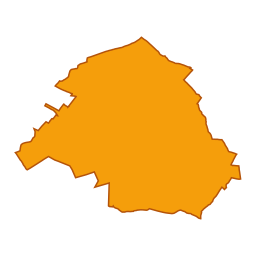 Varsolt, Salaj, Romania (Robinson projection)
{"feature_id": "2599482B93915218658346", "entity_name": "Varsolt", "entity_type": "district", "adm_level": 2, "iso_a3": "ROU", "parent_name": "Romania", "parent_adm1": "Salaj", "projection": "robinson", "projection_center": [22.94, 47.205], "detail": "fine", "context": "isolated", "style": "filled", "palette": "amber", "viewbox_px": 256, "rotation_deg": 0, "n_neighbors": 0, "source": "geoboundaries", "source_scale": "gbopen_adm2", "svg_char_len": 5753}
<svg xmlns="http://www.w3.org/2000/svg" viewBox="0 0 256 256"><path d="M240.6,179.0L239.5,171.3L239.2,169.8L239.2,169.0L239.1,168.4L239.1,167.9L239.0,167.2L238.9,166.6L238.8,165.9L237.0,165.8L233.2,165.4L232.9,165.6L231.0,164.8L231.4,164.1L231.7,163.1L232.2,162.5L232.6,161.6L232.9,161.2L233.1,160.6L233.5,159.7L235.7,155.6L236.1,154.9L236.4,154.6L236.7,154.2L234.9,153.4L233.3,152.9L231.6,152.3L229.0,151.7L228.6,151.3L227.9,150.1L227.5,148.7L225.2,145.1L224.8,144.2L224.6,143.6L224.3,143.1L221.9,139.7L220.7,139.7L219.3,139.6L218.6,139.5L217.5,139.3L217.0,139.3L215.6,139.3L213.8,139.2L212.2,139.2L211.7,137.5L211.3,136.1L211.1,135.3L210.5,134.2L210.1,133.5L209.6,133.0L208.3,131.8L208.0,130.6L207.9,129.9L207.7,129.1L207.4,128.2L207.0,126.7L206.9,126.3L206.3,124.8L206.1,124.1L206.0,123.7L206.0,122.6L206.2,121.9L205.9,121.0L205.8,120.3L205.9,119.8L205.7,118.3L205.5,117.7L205.2,117.1L204.0,116.0L203.3,115.5L203.1,115.1L202.0,114.1L201.7,113.5L201.7,112.5L201.3,111.9L199.7,110.3L199.4,109.6L199.3,108.9L198.9,107.8L198.6,106.9L198.5,105.6L198.2,104.6L197.8,104.1L197.1,103.8L201.3,97.8L199.6,96.0L199.2,95.1L198.8,94.7L197.6,94.3L196.6,94.2L196.2,93.9L195.5,92.8L194.9,91.7L192.9,89.4L191.7,87.9L189.5,85.7L188.0,84.2L187.0,83.1L185.5,81.8L183.7,79.8L184.6,79.0L185.5,77.9L186.9,76.3L189.4,73.6L190.6,72.2L192.2,70.6L192.6,70.0L189.9,68.4L190.9,67.8L190.7,67.6L190.3,67.3L189.1,67.0L188.0,66.9L183.7,65.1L181.7,64.5L180.4,64.0L179.3,63.7L178.2,63.5L175.6,63.4L175.2,63.3L174.0,62.6L172.9,62.2L171.9,61.8L171.1,61.6L168.8,60.6L168.1,59.9L167.0,58.2L165.9,57.3L165.4,56.7L165.2,56.1L164.9,56.0L163.1,56.1L162.4,55.8L161.6,55.3L160.8,54.9L160.0,54.3L159.4,53.5L159.0,52.6L158.4,51.8L157.8,51.1L157.5,51.0L156.8,50.5L154.4,48.2L151.0,45.0L149.6,43.8L148.4,42.6L147.6,41.9L146.7,41.1L145.6,40.3L144.1,39.4L141.7,37.5L141.4,37.3L140.1,38.6L139.1,39.5L137.3,40.6L136.5,41.2L135.2,42.0L134.5,42.4L133.3,42.9L131.9,43.3L130.4,44.2L127.8,45.3L125.7,45.9L124.0,46.5L123.0,47.0L121.8,47.5L120.5,47.7L119.2,48.0L118.7,48.1L117.6,48.4L115.0,48.9L114.0,49.3L112.9,49.5L111.7,49.9L108.8,50.6L108.0,50.9L106.0,51.4L90.8,56.8L88.3,57.5L87.3,58.0L86.9,60.1L86.9,61.0L87.0,61.8L83.4,63.1L80.5,63.9L79.6,64.4L79.0,64.9L78.0,65.5L77.9,66.1L77.8,66.8L77.7,67.3L77.6,67.8L77.1,68.5L76.6,68.6L76.1,68.7L75.5,68.6L74.7,68.9L73.2,69.1L71.3,69.5L70.4,70.4L69.9,71.1L68.9,74.6L68.5,76.6L68.2,77.0L67.7,77.3L67.3,77.8L66.9,78.0L66.4,78.3L66.1,78.5L65.6,79.1L64.2,79.7L62.7,80.7L62.2,81.0L60.8,81.2L60.3,81.2L59.6,80.9L58.0,83.0L57.2,83.8L56.5,84.4L55.2,86.0L59.7,88.5L61.1,89.2L64.3,90.6L65.0,90.8L65.3,90.9L65.7,91.0L66.1,91.4L69.6,92.6L69.9,92.8L70.4,93.1L71.1,93.4L71.9,93.6L72.2,93.7L72.2,93.9L72.2,94.2L71.9,94.5L71.2,95.2L70.9,95.7L71.7,95.8L74.5,96.1L76.1,96.5L76.0,96.8L75.6,97.2L70.3,104.1L69.3,105.4L69.0,105.8L69.0,106.1L68.7,106.1L67.8,107.3L67.6,106.9L67.3,106.7L67.0,106.4L66.0,105.9L65.3,105.4L64.8,105.2L64.0,104.2L63.7,104.1L60.4,108.4L58.9,110.8L53.3,107.7L46.0,103.8L44.9,105.8L48.9,107.9L51.4,109.4L53.2,110.2L54.8,111.7L56.2,113.4L57.1,114.8L57.3,115.5L57.5,115.7L57.3,115.7L56.1,114.8L54.6,116.9L53.0,118.9L52.7,118.8L52.3,118.6L52.1,118.6L51.9,118.7L51.7,118.8L50.7,120.1L49.9,121.0L49.6,121.7L48.5,123.1L46.0,121.8L41.8,126.2L38.2,130.6L36.7,129.9L34.8,129.1L34.0,128.7L34.6,130.3L35.1,131.6L35.1,131.9L34.9,134.7L34.8,136.1L34.4,136.8L33.8,137.4L33.1,137.8L32.6,138.7L32.1,139.5L31.9,140.0L31.6,140.5L31.0,141.3L30.6,141.6L30.2,141.7L29.2,142.0L26.6,142.4L25.2,142.7L23.0,143.4L22.2,143.9L21.5,144.4L21.2,144.7L21.0,145.2L20.7,146.2L20.3,148.3L20.2,149.2L20.1,149.9L20.0,150.8L17.7,151.8L15.7,152.5L15.4,152.6L16.2,153.6L16.6,154.2L20.5,160.3L21.0,160.6L23.0,163.8L23.1,164.4L23.9,165.6L24.8,166.6L25.3,167.6L26.0,168.8L26.5,169.3L27.2,169.8L30.2,168.1L37.3,163.6L41.5,160.9L44.2,159.1L48.5,156.5L51.2,158.0L53.1,159.1L54.4,159.8L54.7,160.0L57.8,161.1L69.8,165.9L72.1,169.6L75.6,177.7L86.2,174.7L94.3,171.9L98.3,180.9L94.8,187.2L109.2,183.0L108.5,205.9L108.8,206.2L109.2,206.2L109.5,206.5L110.0,206.7L110.4,206.6L111.5,206.7L111.9,206.8L112.2,206.9L112.6,206.8L112.8,206.6L113.2,206.0L113.5,206.6L113.9,207.1L114.6,207.6L116.2,208.3L116.8,208.4L117.4,208.6L118.6,209.3L119.1,210.0L119.5,210.3L120.5,210.9L121.0,211.4L122.0,212.0L122.5,212.1L123.6,212.0L123.9,212.1L125.0,212.0L126.2,211.6L127.3,211.5L128.2,211.5L128.9,211.5L129.8,211.6L130.5,211.6L131.4,211.5L132.2,211.4L133.2,211.4L133.5,211.3L133.7,211.0L134.0,210.8L134.6,210.7L135.1,210.6L135.5,210.6L136.2,210.5L137.4,210.1L137.9,210.1L140.8,209.8L143.2,209.9L144.1,210.0L145.4,210.1L146.4,210.2L147.1,210.1L147.8,209.8L148.6,209.3L149.4,208.7L158.0,211.1L163.5,212.4L166.1,212.9L171.9,213.6L173.9,213.3L175.4,212.5L176.6,211.8L177.6,211.1L178.6,210.6L180.0,210.2L180.7,210.1L181.7,210.5L183.4,211.2L184.4,211.5L185.1,211.8L186.2,212.6L186.7,213.0L187.7,213.2L188.4,213.4L189.6,213.5L190.8,213.6L191.8,214.4L192.2,214.6L192.8,214.8L194.4,215.5L194.9,215.7L196.9,216.6L197.2,217.1L197.9,217.6L198.2,217.6L198.7,218.1L199.3,218.4L199.8,218.4L200.7,218.7L200.8,218.2L200.7,217.6L200.7,217.0L200.7,216.4L200.7,215.8L200.8,215.4L200.9,214.9L201.6,212.6L201.5,212.3L201.3,211.8L201.6,211.1L202.7,210.1L203.1,209.6L203.5,209.1L204.1,208.6L204.6,208.3L205.1,207.7L205.9,207.1L206.6,206.6L208.0,205.5L208.3,205.0L208.4,204.9L209.1,204.7L209.6,204.6L210.2,204.2L211.6,202.4L212.6,201.5L212.8,200.6L213.0,200.2L213.7,198.6L214.5,197.7L216.1,196.1L217.6,193.8L219.4,190.8L221.9,187.2L222.7,187.8L224.5,189.5L225.6,188.2L226.0,188.0L226.4,187.7L226.2,187.4L226.2,186.9L226.1,185.4L226.2,184.6L226.7,183.9L227.9,183.1L228.4,182.7L228.7,182.3L229.5,180.8L230.1,180.0L231.0,178.6L231.4,177.7L234.6,178.4L236.3,178.8L238.1,179.1L239.4,179.2L240.6,179.0Z" fill="#f59e0b" stroke="#b45309" stroke-width="1.5"/></svg>